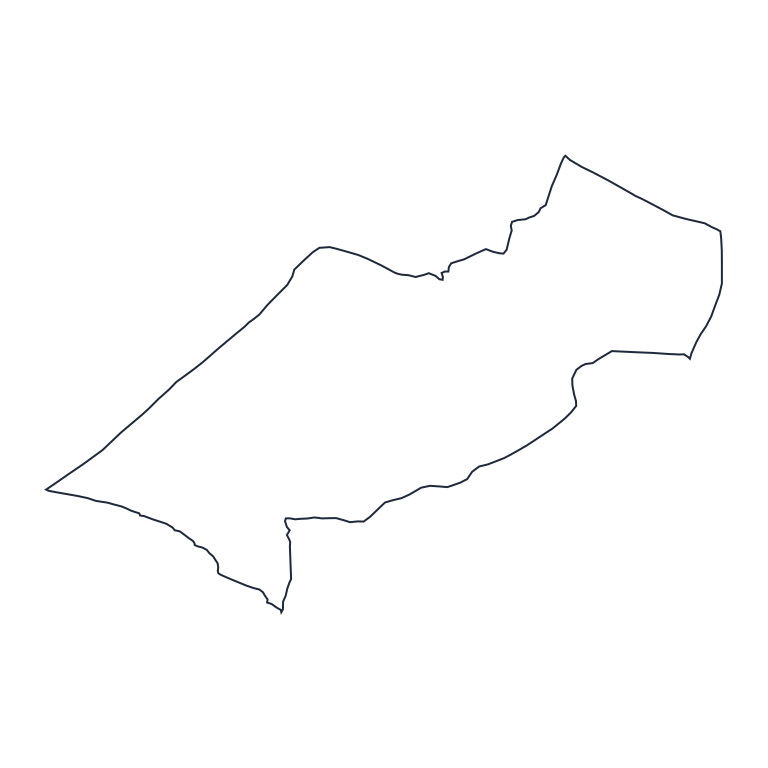 Barclayville, Grand Kru, Liberia
{"feature_id": "62588387B34130334496008", "entity_name": "Barclayville", "entity_type": "district", "adm_level": 2, "iso_a3": "LBR", "parent_name": "Liberia", "parent_adm1": "Grand Kru", "projection": "mercator", "projection_center": [-8.19, 4.713], "detail": "fine", "context": "isolated", "style": "outline", "palette": "slate", "viewbox_px": 768, "rotation_deg": 0, "n_neighbors": 0, "source": "geoboundaries", "source_scale": "gbopen_adm2", "svg_char_len": 3080}
<svg xmlns="http://www.w3.org/2000/svg" viewBox="0 0 768 768"><path d="M46.1,489.6L48.6,490.8L60.4,493.0L67.5,494.2L78.2,496.1L87.6,498.1L95.9,500.9L107.2,502.6L114.4,504.6L121.5,506.4L127.0,508.7L130.9,510.6L135.9,512.3L138.6,513.1L139.3,513.4L140.1,515.5L144.2,516.1L153.2,519.5L160.4,521.8L166.4,523.8L172.5,527.5L174.8,530.3L175.4,530.4L179.9,531.4L184.0,534.5L188.5,537.9L193.0,541.0L194.3,542.8L194.8,545.1L197.9,546.4L202.6,547.6L206.8,549.9L209.3,553.1L213.3,556.5L215.1,559.5L217.6,563.2L218.2,567.2L218.1,569.0L217.8,571.2L218.4,573.3L220.6,574.7L225.0,576.7L232.7,580.0L237.8,582.1L246.1,585.5L253.7,588.1L259.4,589.5L263.0,592.3L265.0,595.8L267.6,599.5L267.1,602.5L271.6,604.0L276.8,607.7L280.8,609.9L281.3,612.2L282.9,609.4L283.1,601.6L285.7,595.7L286.3,593.0L287.3,588.6L289.5,582.4L291.1,579.1L289.9,546.4L290.0,544.6L290.2,541.9L288.8,538.6L286.9,535.0L289.7,530.3L286.9,527.0L285.0,521.1L285.8,518.4L289.8,518.3L295.1,519.3L300.7,518.8L307.5,518.5L314.0,517.5L317.8,517.8L321.9,518.4L329.1,518.2L336.2,518.1L345.0,520.6L350.1,522.2L357.8,521.4L361.4,521.5L363.6,521.6L370.2,516.7L379.0,508.2L385.0,502.5L393.6,500.0L401.4,498.2L409.7,494.4L421.1,487.7L430.0,485.8L440.1,486.5L447.2,487.1L448.0,486.9L453.0,485.2L460.4,482.6L467.3,479.0L468.3,477.4L472.1,471.8L479.1,466.5L487.9,464.4L504.3,458.0L511.6,454.1L517.0,451.1L527.0,445.3L552.8,428.3L564.7,418.6L568.5,414.9L571.2,412.2L576.2,405.9L576.0,401.2L574.1,394.4L572.4,385.4L572.2,378.6L576.0,370.6L576.4,369.8L581.4,366.0L585.6,364.0L592.7,363.1L598.3,359.2L607.5,353.7L611.8,351.1L639.9,352.4L652.0,352.9L655.6,353.1L668.6,354.0L679.9,354.5L684.0,354.3L688.2,357.1L689.9,358.8L691.5,353.2L696.0,342.9L696.5,341.8L700.8,334.0L706.0,326.4L711.3,316.3L712.8,312.1L715.6,304.4L719.3,294.7L721.9,283.5L721.9,280.8L721.9,264.5L721.8,250.5L721.2,238.8L720.7,234.2L720.3,231.2L719.4,230.8L716.8,229.3L711.6,227.0L704.8,223.3L696.7,221.4L690.5,220.0L684.6,218.6L675.2,216.0L672.8,215.4L663.1,210.0L648.5,202.3L641.5,198.7L635.8,196.1L623.5,189.0L607.8,180.2L592.0,171.9L588.0,170.0L581.7,166.9L570.0,160.0L565.4,155.8L563.8,157.4L560.8,163.9L556.7,174.9L551.8,186.2L545.7,205.1L540.5,208.3L538.8,212.0L534.2,215.9L529.0,217.6L525.5,219.3L517.8,220.0L512.0,221.9L510.8,225.9L511.7,230.5L509.4,238.2L506.6,249.8L503.5,253.6L499.6,253.3L493.1,251.8L485.9,249.1L476.0,253.5L471.3,255.8L464.2,259.3L457.4,261.3L451.2,263.3L448.9,267.0L448.4,271.5L444.9,271.5L441.6,273.0L442.9,276.9L442.6,279.8L439.3,279.2L435.4,275.8L428.8,273.2L424.2,274.8L415.6,277.0L413.7,276.5L408.5,275.2L401.9,274.7L397.8,273.8L394.4,272.5L381.7,265.6L368.2,259.1L358.3,255.0L348.7,252.2L337.3,249.0L329.7,247.1L319.5,247.8L318.8,248.2L312.9,252.1L304.7,259.6L294.3,269.6L292.3,276.5L287.2,285.0L276.0,296.2L267.2,305.2L259.6,314.3L253.9,318.9L248.7,322.6L244.7,326.6L235.9,333.8L218.6,348.3L212.1,354.0L202.9,362.1L197.0,366.7L194.0,369.1L176.3,382.0L169.1,389.5L158.5,398.9L152.8,404.6L148.8,408.6L142.2,414.6L129.3,425.5L120.9,432.6L102.6,450.0L83.0,464.3L68.3,474.3L54.5,483.9L46.1,489.6Z" fill="none" stroke="#1e293b" stroke-width="2"/></svg>